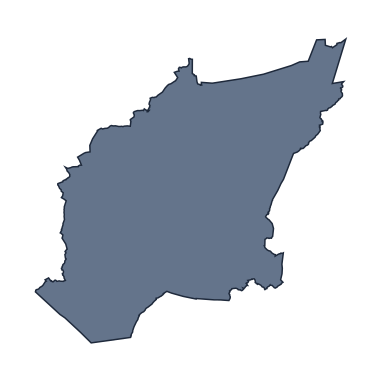 Mazapil, Zacatecas, Mexico, rotated 87°
{"feature_id": "50627088B29003489227366", "entity_name": "Mazapil", "entity_type": "district", "adm_level": 2, "iso_a3": "MEX", "parent_name": "Mexico", "parent_adm1": "Zacatecas", "projection": "natural_earth1", "projection_center": [-101.902, 24.38], "detail": "fine", "context": "isolated", "style": "filled", "palette": "slate", "viewbox_px": 384, "rotation_deg": 87, "n_neighbors": 0, "source": "geoboundaries", "source_scale": "gbopen_adm2", "svg_char_len": 6004}
<svg xmlns="http://www.w3.org/2000/svg" viewBox="0 0 384 384"><g transform="rotate(87 192 192)"><path d="M257.6,104.0L258.1,105.1L258.3,105.0L257.8,105.5L257.8,106.7L258.2,107.0L258.3,107.9L258.6,108.9L260.4,112.3L258.9,112.1L258.5,113.4L256.7,115.8L255.6,116.4L255.1,117.0L254.6,118.6L253.7,120.0L251.3,122.1L249.4,122.6L249.4,122.1L243.1,121.6L242.6,120.6L241.8,119.8L242.0,118.2L242.4,117.5L242.1,116.3L242.3,115.1L241.8,115.0L240.6,113.8L232.7,112.5L227.7,113.6L223.7,116.6L223.3,117.5L222.6,117.9L221.5,119.2L220.5,119.8L218.6,118.6L218.3,118.0L218.4,117.3L217.8,116.8L217.4,117.1L216.9,116.5L216.2,117.1L215.0,115.7L213.8,115.3L212.9,115.5L211.8,114.8L210.4,114.5L208.8,113.7L205.3,112.6L204.5,112.0L203.8,112.0L195.0,106.3L188.2,102.7L184.2,100.0L158.8,88.6L157.6,84.7L156.3,82.8L155.0,81.5L154.6,81.5L154.6,80.9L154.1,81.0L154.4,79.0L153.6,77.8L151.8,76.0L151.1,74.1L150.3,73.2L149.8,73.0L149.2,73.2L147.9,72.2L147.1,71.2L146.9,70.2L143.7,66.2L142.2,65.4L141.0,63.6L137.4,60.7L135.7,61.0L134.4,60.7L134.2,60.8L134.3,61.2L133.6,61.4L132.9,60.7L132.0,61.2L131.1,58.0L129.5,57.6L128.6,58.3L128.2,57.6L127.7,57.8L127.3,58.4L125.5,59.3L125.4,59.8L124.3,60.4L121.2,59.3L120.1,59.6L118.3,59.4L117.5,54.0L117.7,53.7L117.3,52.4L115.9,51.8L115.2,50.7L115.0,49.5L113.6,47.5L113.0,47.2L111.8,44.6L110.2,43.8L109.5,42.6L107.7,40.9L107.9,40.9L107.7,40.6L106.8,40.6L106.5,39.1L105.8,38.8L104.7,37.3L103.8,36.7L101.4,36.7L99.9,37.7L99.0,38.0L97.9,37.2L96.0,38.3L95.8,38.2L96.0,37.5L95.5,36.6L94.8,35.9L94.1,36.2L93.5,36.0L92.3,37.0L91.6,36.8L89.7,34.8L91.0,46.2L47.3,30.4L50.7,35.5L50.5,36.5L51.2,39.5L52.5,39.6L55.3,44.2L54.0,45.1L54.3,46.2L52.5,51.1L46.6,51.1L46.6,59.6L67.5,69.1L67.7,77.6L70.9,86.1L78.1,114.4L81.5,137.3L84.4,166.0L83.0,176.9L84.5,176.9L84.5,177.0L85.7,176.7L85.8,178.0L85.3,178.2L84.3,180.7L81.9,181.3L76.4,181.7L75.9,183.7L75.1,183.5L73.7,185.5L59.5,184.7L59.3,186.1L58.5,187.3L58.7,188.4L63.3,188.1L64.4,188.5L66.0,189.8L66.5,190.6L66.8,192.0L66.6,193.6L66.7,194.6L66.9,195.4L67.5,196.1L66.8,197.6L66.9,198.2L68.3,199.1L70.6,198.6L70.7,200.5L71.6,203.4L77.0,200.3L80.2,202.7L80.3,203.2L82.8,207.4L83.3,209.5L84.3,210.9L86.7,213.3L90.7,216.3L93.6,221.0L95.2,222.7L95.4,224.3L95.7,224.8L95.4,226.7L96.2,228.9L97.4,228.6L98.2,228.8L100.1,229.8L102.0,230.3L103.4,229.5L104.0,229.6L105.3,230.2L105.5,230.1L105.7,230.6L105.7,230.4L108.0,231.8L108.2,230.5L109.5,231.7L109.5,232.6L108.1,232.6L107.8,233.6L106.5,235.3L108.1,236.2L107.8,237.1L108.0,240.2L107.8,242.0L108.7,245.4L109.4,246.3L110.1,246.4L112.0,245.6L114.0,246.0L116.4,249.8L117.7,249.7L118.1,249.3L123.1,250.2L122.6,253.1L122.7,256.3L123.1,257.5L122.7,258.9L122.8,260.2L122.7,261.9L121.9,264.9L121.9,267.2L121.4,269.1L122.0,270.5L123.0,271.6L123.9,273.2L123.9,275.7L124.4,278.0L123.6,279.4L125.5,283.2L125.8,282.9L133.7,288.5L140.1,291.6L146.6,291.7L147.0,296.1L147.7,297.9L151.2,304.4L154.5,302.7L159.4,301.0L159.4,302.9L160.1,304.1L160.7,304.2L160.6,309.6L160.9,310.9L161.3,311.7L161.8,314.1L161.8,315.1L160.6,317.2L162.6,316.0L164.5,315.6L166.2,314.1L168.2,313.1L170.2,313.3L171.0,314.3L171.2,315.0L171.6,315.2L172.1,316.2L172.8,316.9L172.8,317.2L173.1,317.2L173.4,318.8L174.2,320.3L175.0,320.5L176.6,325.5L177.9,325.7L178.5,325.1L181.5,324.0L182.8,322.6L184.4,322.5L186.0,320.7L188.9,321.3L190.8,322.7L192.4,320.2L194.2,318.1L200.3,320.4L201.5,320.3L202.5,320.7L204.0,320.6L205.7,320.9L207.9,320.7L209.6,321.0L212.9,320.8L216.8,322.5L218.0,322.5L220.5,323.5L221.5,323.7L222.1,323.9L222.2,324.2L222.9,324.4L223.3,324.1L225.9,325.7L226.2,325.1L228.1,323.2L231.0,323.9L231.2,324.2L237.3,320.8L242.4,319.7L242.4,320.0L243.4,320.6L244.6,321.8L245.0,321.9L245.3,321.6L245.4,321.2L245.7,321.1L246.7,321.3L247.7,322.2L251.2,321.9L251.7,321.5L251.9,321.6L252.0,321.3L252.6,321.3L254.0,322.5L255.7,322.8L256.6,323.2L257.7,324.7L258.7,324.9L259.6,325.6L260.1,325.5L260.9,325.8L261.3,326.4L262.1,326.3L262.9,325.6L263.1,325.7L263.2,325.1L264.2,324.6L264.8,324.5L265.8,324.7L266.5,325.2L267.5,325.3L267.3,325.6L268.2,325.5L268.5,325.0L269.8,324.3L271.4,324.2L273.7,323.1L274.3,325.2L274.5,325.3L274.2,328.1L273.8,329.3L274.2,331.6L273.0,332.7L272.9,333.3L273.1,333.9L274.1,334.9L274.4,335.4L274.3,336.0L273.6,337.4L273.2,337.1L272.8,338.1L270.3,339.7L272.0,343.3L273.4,342.2L273.7,342.9L274.0,343.3L277.3,345.7L278.0,346.4L278.8,347.9L279.0,348.0L279.4,349.0L280.6,349.9L281.1,351.0L281.3,352.2L281.9,353.2L283.0,353.3L283.5,353.6L307.4,330.2L311.0,325.5L326.5,310.5L337.4,300.6L334.0,261.0L333.2,260.5L332.5,260.7L332.0,260.2L330.9,260.1L328.7,258.6L327.4,258.5L323.6,257.0L318.6,254.3L316.6,252.8L314.9,252.3L312.9,251.2L312.7,251.4L312.4,251.0L311.9,251.1L309.9,248.6L309.0,246.5L307.5,245.0L306.4,244.5L305.5,243.6L304.7,242.0L301.6,237.6L300.8,237.1L298.8,235.1L298.3,234.3L297.8,234.0L297.5,233.3L296.2,233.4L296.0,231.6L294.7,229.2L294.5,228.5L293.1,226.5L292.0,225.4L291.8,225.7L289.9,222.3L291.9,217.7L295.8,206.2L299.1,193.5L298.6,193.4L300.9,175.3L301.2,169.8L302.3,161.0L302.3,160.8L300.5,159.7L299.6,159.4L298.7,159.3L297.0,159.8L296.3,159.7L295.8,160.3L295.2,160.4L293.7,159.4L293.4,159.3L293.3,159.6L292.8,159.7L292.4,159.3L292.0,158.3L291.2,157.4L290.6,157.2L290.4,153.2L291.1,151.5L292.0,151.0L292.3,149.3L292.2,148.9L293.1,147.9L292.9,146.9L291.6,145.5L290.7,146.0L290.9,145.6L290.7,144.6L289.1,143.3L288.8,142.8L288.2,142.4L288.1,142.2L288.2,141.4L287.6,141.8L286.9,141.9L286.0,142.7L285.6,142.2L285.5,141.2L284.9,140.6L284.1,140.2L283.2,140.9L282.8,138.1L282.4,137.3L282.4,136.8L282.2,136.8L282.3,136.2L282.0,135.9L282.0,135.0L282.1,134.3L282.9,133.8L284.7,133.4L285.7,133.6L286.0,133.0L287.0,132.4L286.9,131.4L287.6,131.2L287.3,130.4L288.7,128.1L290.5,126.8L290.8,125.5L291.9,124.7L292.9,124.6L293.3,124.3L292.4,122.8L292.3,122.2L291.6,122.3L290.6,121.2L290.0,119.8L288.8,118.8L289.2,118.6L289.5,116.8L291.9,114.8L292.3,113.8L292.0,113.2L291.5,112.1L290.5,111.2L288.7,107.8L287.8,107.3L286.9,105.9L284.3,108.1L278.4,106.4L273.0,105.8L268.8,106.0L257.6,104.0Z" fill="#64748b" stroke="#1e293b" stroke-width="1.5"/></g></svg>